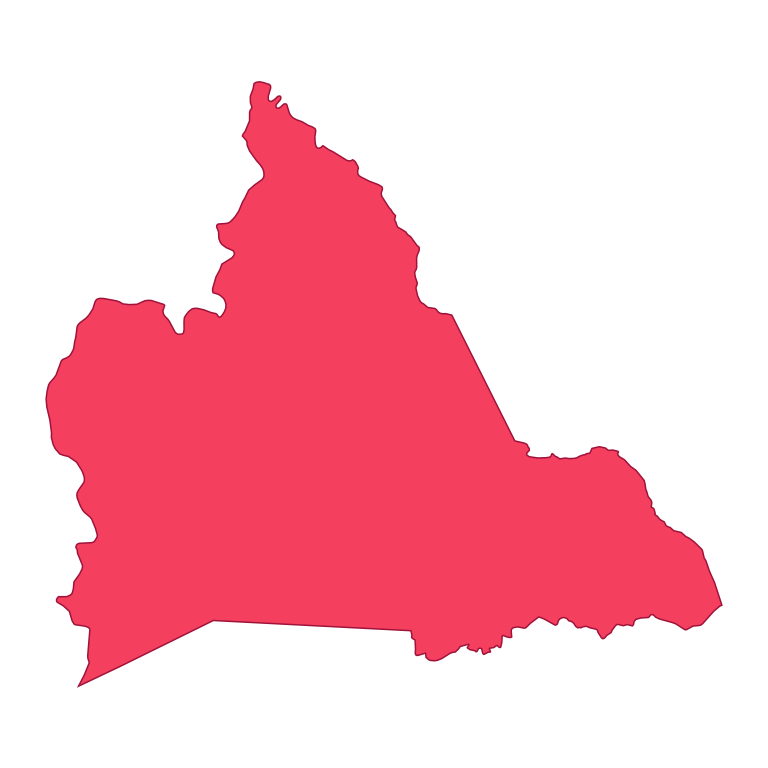 the district of Alauca, El Paraíso, Honduras
{"feature_id": "27666195B40096098220117", "entity_name": "Alauca", "entity_type": "district", "adm_level": 2, "iso_a3": "HND", "parent_name": "Honduras", "parent_adm1": "El Paraíso", "projection": "orthographic", "projection_center": [-86.676, 13.853], "detail": "fine", "context": "isolated", "style": "filled", "palette": "rose", "viewbox_px": 768, "rotation_deg": 0, "n_neighbors": 0, "source": "geoboundaries", "source_scale": "gbopen_adm2", "svg_char_len": 6021}
<svg xmlns="http://www.w3.org/2000/svg" viewBox="0 0 768 768"><path d="M77.1,326.8L75.8,336.9L74.4,343.3L73.9,347.5L73.2,349.9L71.3,353.5L69.5,356.0L66.9,357.7L62.8,359.4L61.3,360.9L56.1,375.0L54.0,378.0L49.7,382.9L48.6,384.9L47.2,390.7L46.1,398.9L46.8,406.9L49.9,420.3L51.5,432.7L51.4,437.7L53.3,444.9L55.3,448.8L59.9,454.1L64.1,455.5L68.3,456.4L76.0,461.7L77.1,463.0L82.0,470.8L84.0,476.1L84.4,478.8L84.3,481.1L83.8,482.5L79.0,489.4L77.3,492.5L76.8,494.9L77.2,497.9L80.2,505.6L82.6,510.1L84.5,512.4L90.2,517.2L91.7,519.1L95.6,528.7L97.3,535.0L97.2,536.6L96.3,538.5L94.4,541.4L93.3,542.2L91.3,542.7L79.2,543.3L77.7,543.9L76.3,545.3L75.9,547.5L77.2,549.7L77.5,553.2L82.4,565.1L82.5,567.1L81.9,569.3L79.6,574.0L74.0,581.8L73.3,589.1L72.4,592.5L71.5,594.2L69.9,595.3L66.6,596.7L58.5,596.7L57.2,598.1L56.5,599.9L56.6,601.3L57.1,602.1L63.4,605.9L69.4,611.4L72.1,620.8L74.1,624.1L75.1,624.7L85.2,626.2L88.5,627.5L89.9,629.2L87.7,656.0L88.0,658.8L89.1,661.9L89.1,663.2L84.2,675.2L78.5,686.2L122.6,665.2L213.3,620.5L410.8,630.7L411.9,634.7L411.7,637.6L412.4,638.4L415.1,640.1L415.5,649.5L415.2,653.1L415.8,654.9L416.6,655.4L417.9,655.4L425.4,653.2L425.7,654.0L426.0,657.3L428.6,659.7L430.3,660.4L434.9,660.8L437.8,660.2L441.7,658.6L450.1,653.3L452.5,652.4L455.3,652.0L458.4,649.1L460.3,646.5L467.9,644.4L468.7,644.5L469.0,644.9L467.3,647.5L467.7,648.2L470.0,649.7L474.8,650.7L476.1,651.8L476.9,651.5L478.6,648.6L480.0,648.1L481.6,648.7L482.7,653.2L483.6,654.3L484.2,654.3L488.4,652.1L490.0,652.2L490.5,651.6L489.6,649.6L489.5,648.3L494.0,647.5L496.5,645.5L497.2,645.7L499.3,647.4L500.1,647.5L500.7,647.2L501.8,642.6L502.1,636.7L502.5,635.7L503.6,635.6L506.5,636.8L509.1,637.4L510.7,637.5L511.7,637.0L511.2,630.5L511.7,629.1L512.5,628.1L514.2,627.5L517.8,626.9L523.8,628.1L525.7,627.9L530.4,623.3L538.8,616.9L544.2,619.0L555.1,625.1L556.2,624.9L557.3,624.1L558.6,620.3L560.2,618.6L563.0,617.5L565.5,617.9L567.1,618.8L568.8,620.8L571.2,621.4L572.8,622.4L574.0,623.7L575.7,626.3L577.7,627.8L579.7,627.5L580.9,627.8L583.3,626.7L586.4,626.3L590.0,627.8L596.4,629.3L597.3,630.2L598.1,632.5L601.2,637.4L602.1,638.4L603.1,638.7L604.6,638.0L606.7,635.5L611.1,632.5L612.3,629.9L615.4,625.8L616.9,624.5L617.7,624.4L623.3,625.7L627.3,624.6L632.4,625.9L633.4,624.8L634.1,621.6L635.8,619.4L640.8,618.0L648.2,617.5L649.3,616.8L650.5,615.1L651.7,614.5L653.5,615.0L655.7,617.2L659.5,619.0L672.2,622.5L675.9,623.9L684.1,629.2L685.3,629.8L686.2,629.8L693.0,626.1L699.8,625.4L701.2,624.9L702.8,623.5L713.7,611.3L719.8,606.1L721.9,605.2L714.6,582.8L709.5,571.3L706.0,561.0L704.1,557.8L702.6,551.1L701.8,549.3L694.4,542.1L689.0,538.1L685.9,536.6L681.3,532.5L673.7,530.7L670.1,527.4L669.0,527.2L666.2,525.8L664.2,521.9L659.9,519.5L657.4,516.3L654.9,514.6L655.2,513.4L654.1,509.2L653.4,508.3L651.2,507.1L651.8,503.3L651.6,501.7L650.8,499.8L648.5,497.2L647.7,495.2L646.7,491.4L645.9,489.6L644.8,482.8L644.1,480.4L636.2,470.5L630.5,466.4L624.5,459.8L620.0,457.1L618.3,455.6L617.6,453.7L618.5,452.1L618.1,451.4L612.7,450.0L608.4,450.4L605.4,448.0L599.4,446.7L592.0,448.4L589.8,453.2L586.4,453.7L585.0,454.7L582.9,455.0L579.2,456.4L576.8,457.8L574.0,458.4L569.4,458.6L565.2,458.0L559.8,458.9L557.2,457.1L555.1,456.2L553.1,454.1L552.2,453.7L551.7,454.0L551.1,455.9L549.7,457.2L546.0,457.7L538.0,458.0L529.2,456.7L526.9,455.1L526.7,454.5L527.1,452.5L529.2,450.7L529.4,449.8L529.1,448.2L527.9,446.7L527.5,445.2L526.4,444.0L524.3,443.1L514.8,440.9L451.8,315.1L446.1,313.7L442.2,313.7L440.1,313.2L438.1,311.9L436.3,309.5L434.9,308.5L427.8,307.5L423.6,303.9L421.2,302.6L419.7,300.4L417.5,295.5L416.0,288.5L416.1,287.0L417.0,284.9L417.2,282.8L415.4,277.3L414.7,273.3L415.0,271.4L416.1,269.6L416.7,267.5L416.6,257.8L417.3,255.0L419.0,251.0L419.3,249.2L419.2,247.7L418.6,246.7L417.0,245.5L410.6,236.7L407.6,234.6L405.7,231.9L397.4,226.9L395.9,222.3L394.6,219.9L395.5,215.6L393.0,213.0L390.7,209.4L388.9,207.5L381.7,196.2L381.2,193.2L382.5,188.9L382.0,186.9L378.6,184.8L369.0,181.1L361.0,177.0L359.2,175.8L358.1,174.4L357.7,172.9L357.7,170.5L358.4,168.3L358.1,166.9L355.3,161.7L353.2,160.0L352.6,159.8L351.2,160.6L349.4,161.0L346.7,160.3L333.4,152.0L328.6,149.6L323.3,145.9L322.6,145.8L321.5,147.1L319.3,148.2L318.0,148.2L316.9,147.6L315.7,145.5L315.1,141.8L314.9,136.7L315.7,131.2L315.5,129.5L314.9,128.5L312.3,126.9L308.1,125.3L302.0,121.7L296.6,119.8L292.8,117.7L291.0,115.8L289.4,113.2L286.8,104.7L286.3,104.1L285.0,103.8L283.6,104.2L281.0,106.7L278.9,108.1L277.5,108.2L276.6,107.8L275.9,106.5L276.3,104.5L280.2,99.9L280.7,98.9L280.9,97.2L280.2,96.2L279.0,96.0L277.7,96.5L274.3,99.7L271.7,101.3L270.1,101.4L268.7,100.4L268.2,99.1L268.3,96.0L270.7,87.9L270.5,85.7L269.5,84.5L262.8,82.4L259.3,81.8L256.1,82.3L254.1,83.5L253.0,89.1L250.3,96.4L250.4,102.7L251.9,107.0L251.5,108.6L250.3,110.1L249.6,112.2L249.5,121.0L245.1,131.5L243.2,134.0L242.4,136.0L246.4,140.5L247.1,142.7L247.2,145.4L249.6,151.0L256.3,160.4L260.6,165.3L262.4,168.1L263.4,170.4L263.9,172.6L264.0,175.1L263.7,177.4L261.8,179.8L255.0,184.6L248.7,190.1L244.9,198.0L242.8,201.5L238.7,211.2L235.3,216.4L232.3,219.8L230.1,221.9L228.3,223.0L225.5,223.5L218.4,224.0L217.3,224.6L216.7,225.7L216.7,227.1L218.5,231.7L218.9,238.7L220.5,242.6L222.1,244.6L226.1,247.6L232.8,250.5L233.9,251.7L234.4,253.2L233.9,255.4L232.0,257.8L221.9,264.1L219.9,269.6L216.0,277.0L212.7,288.3L212.6,291.0L213.1,292.7L218.3,294.3L220.7,295.8L223.7,298.5L225.3,301.7L226.0,305.0L225.8,308.0L224.5,311.5L222.2,315.2L220.4,317.0L219.4,317.2L218.3,316.5L217.2,314.6L215.8,313.6L211.2,312.6L203.8,309.8L197.0,308.3L193.9,308.4L191.9,309.0L188.6,311.6L185.6,315.5L184.3,317.9L184.0,322.1L184.1,329.6L183.5,332.7L182.9,333.5L181.8,334.1L178.3,334.3L176.5,333.5L174.9,331.8L169.6,321.8L167.8,319.2L165.1,316.5L163.5,314.2L162.9,311.1L164.7,305.4L163.7,304.4L151.3,300.5L148.6,300.3L145.0,300.7L136.9,304.3L129.2,304.6L122.9,303.9L119.3,301.8L116.2,300.8L103.7,298.5L99.4,298.4L97.2,299.1L95.8,300.4L94.9,302.3L92.8,309.0L88.8,315.2L85.9,318.3L80.0,322.7L78.1,324.7L77.1,326.8Z" fill="#f43f5e" stroke="#9f1239" stroke-width="1.5"/></svg>